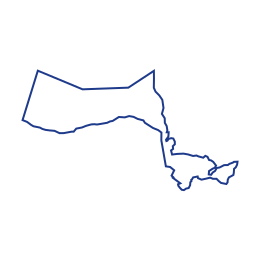 the district of Ellikkala, Karakalpakstan, Uzbekistan, rotated 261°
{"feature_id": "79887680B22143596455299", "entity_name": "Ellikkala", "entity_type": "district", "adm_level": 2, "iso_a3": "UZB", "parent_name": "Uzbekistan", "parent_adm1": "Karakalpakstan", "projection": "orthographic", "projection_center": [61.178, 42.212], "detail": "fine", "context": "isolated", "style": "outline", "palette": "blue", "viewbox_px": 256, "rotation_deg": 261, "n_neighbors": 0, "source": "geoboundaries", "source_scale": "gbopen_adm2", "svg_char_len": 1648}
<svg xmlns="http://www.w3.org/2000/svg" viewBox="0 0 256 256"><g transform="rotate(261 128 128)"><path d="M137.0,95.4L136.3,97.9L136.3,100.6L136.4,108.2L137.3,111.3L137.4,114.0L140.3,120.7L139.0,126.5L139.6,131.0L138.1,135.3L135.5,138.9L133.1,144.4L130.5,145.5L124.1,152.7L121.2,157.5L118.3,160.3L110.6,159.0L84.2,159.4L82.9,163.5L79.0,167.0L74.1,163.6L72.2,165.1L71.8,164.5L65.2,171.0L64.6,168.6L63.0,168.7L60.8,169.9L58.6,171.4L57.9,173.5L59.1,176.0L59.2,178.5L61.8,180.4L64.7,181.1L65.7,182.4L66.8,182.3L67.4,183.3L69.0,184.6L69.2,189.2L67.5,189.3L65.5,192.5L65.7,196.4L66.1,201.4L64.5,204.0L64.0,207.5L61.4,209.3L59.2,211.3L57.3,216.4L58.7,217.8L61.2,218.4L63.4,219.9L65.1,224.7L66.9,225.4L71.1,226.4L72.3,228.3L74.7,230.0L77.6,230.9L78.0,227.3L77.4,226.2L76.7,222.5L75.8,220.8L76.3,217.1L74.7,212.3L74.6,209.4L71.9,207.2L70.8,204.7L68.8,202.8L69.5,200.5L72.8,201.3L74.6,205.3L75.1,207.5L77.1,209.1L81.2,206.9L83.0,205.0L83.7,203.1L87.1,202.0L88.4,200.0L86.9,197.7L89.0,193.0L90.1,191.4L90.2,187.9L92.5,183.2L94.0,178.8L94.7,172.6L94.9,167.4L99.1,167.0L100.3,169.3L103.0,169.4L104.6,171.7L107.3,172.1L110.5,171.1L111.2,169.1L110.9,166.4L109.3,164.9L109.1,163.9L110.4,163.7L113.2,166.5L117.4,167.5L117.7,165.6L119.5,166.5L123.9,166.5L127.3,165.2L131.9,165.8L136.6,163.7L142.2,166.2L150.4,166.3L155.3,164.0L159.6,160.9L163.7,159.8L172.9,161.4L180.4,162.5L167.8,134.6L173.3,89.2L198.7,47.9L152.3,25.1L149.8,29.3L146.3,32.7L144.5,34.9L142.2,41.0L140.4,43.4L139.0,46.4L137.8,50.5L136.7,55.0L133.6,59.6L133.0,63.7L133.2,71.8L132.9,73.8L135.5,76.8L135.7,82.6L136.7,87.0L137.3,92.3L137.0,95.4Z" fill="none" stroke="#1e3a8a" stroke-width="2"/></g></svg>